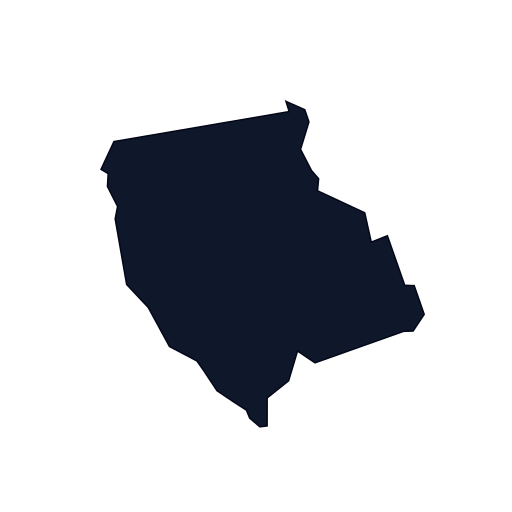 Bibb, Georgia, United States of America (Robinson projection), rotated 25°
{"feature_id": "52423323B78226819496171", "entity_name": "Bibb", "entity_type": "district", "adm_level": 2, "iso_a3": "USA", "parent_name": "United States of America", "parent_adm1": "Georgia", "projection": "robinson", "projection_center": [-83.68, 32.807], "detail": "fine", "context": "isolated", "style": "filled", "palette": "ink", "viewbox_px": 512, "rotation_deg": 25, "n_neighbors": 0, "source": "geoboundaries", "source_scale": "gbopen_adm2", "svg_char_len": 645}
<svg xmlns="http://www.w3.org/2000/svg" viewBox="0 0 512 512"><g transform="rotate(25 256 256)"><path d="M411.9,216.0L403.2,219.7L366.5,182.1L354.6,194.7L336.3,170.9L284.2,170.9L280.1,159.5L270.2,155.1L251.3,140.5L247.3,112.1L238.4,102.8L217.8,103.2L225.0,111.1L103.6,195.2L95.7,200.7L78.9,212.3L78.9,243.0L87.2,243.8L92.0,255.8L109.6,269.6L112.7,281.9L150.8,336.5L180.1,348.2L215.8,374.6L246.8,376.1L256.4,381.6L277.6,394.6L298.0,397.8L312.5,399.8L318.8,405.6L331.7,409.2L337.9,405.3L326.1,379.9L338.3,355.3L333.8,324.6L354.6,327.9L421.6,261.9L430.1,257.6L433.1,237.8L411.9,216.0Z" fill="#0f172a" stroke="#020617" stroke-width="1.5"/></g></svg>